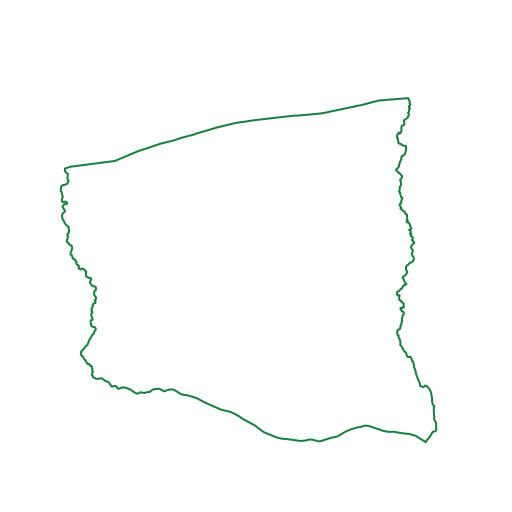 Zumbu, Tete, Mozambique, rotated 8°
{"feature_id": "85939544B34189520387166", "entity_name": "Zumbu", "entity_type": "district", "adm_level": 2, "iso_a3": "MOZ", "parent_name": "Mozambique", "parent_adm1": "Tete", "projection": "robinson", "projection_center": [31.028, -15.185], "detail": "fine", "context": "isolated", "style": "outline", "palette": "green", "viewbox_px": 512, "rotation_deg": 8, "n_neighbors": 0, "source": "geoboundaries", "source_scale": "gbopen_adm2", "svg_char_len": 6052}
<svg xmlns="http://www.w3.org/2000/svg" viewBox="0 0 512 512"><g transform="rotate(8 256 256)"><path d="M449.9,416.7L451.6,413.3L453.8,410.0L454.7,407.2L455.4,405.7L458.2,404.3L458.5,403.5L458.6,402.5L457.5,396.1L455.2,393.0L454.9,392.1L455.0,390.4L454.5,389.3L454.5,388.0L453.7,386.0L453.5,382.9L453.0,381.8L453.4,379.9L451.6,378.3L450.6,375.4L450.1,371.9L449.3,370.4L449.2,369.1L447.9,365.9L445.6,362.8L442.5,360.7L441.5,360.8L440.5,362.2L439.8,362.5L436.9,362.0L435.4,358.3L433.1,354.7L430.9,350.5L429.4,346.1L428.8,345.6L427.7,343.4L427.8,342.4L426.5,339.7L426.3,338.7L425.1,338.1L424.3,335.8L422.9,334.4L422.5,334.3L420.7,334.9L419.5,334.3L417.9,330.7L417.4,330.3L416.3,330.1L413.2,325.8L411.2,323.9L411.2,322.1L410.7,320.2L409.7,318.1L408.8,317.5L408.2,314.8L407.4,314.6L406.3,312.0L406.3,310.9L406.6,309.6L407.2,309.0L408.7,308.3L408.9,307.4L408.8,305.4L409.5,303.1L409.3,301.1L409.8,300.1L409.3,298.5L409.3,295.9L409.7,294.0L410.3,293.4L410.4,291.8L409.9,290.9L408.5,290.6L407.8,289.5L406.8,289.2L406.3,287.6L406.6,287.2L407.9,287.2L408.4,286.3L409.4,286.3L409.4,285.4L408.9,284.0L409.0,282.8L408.5,282.2L406.3,281.2L406.1,280.3L403.9,279.4L403.5,276.6L403.7,275.3L403.2,274.9L401.8,275.3L401.2,274.8L400.9,274.1L400.8,271.9L402.5,270.8L403.9,268.6L404.8,268.1L406.3,264.5L408.7,263.3L408.8,263.0L408.0,262.1L406.8,261.2L405.4,258.5L404.1,256.9L404.8,255.8L406.2,254.8L407.1,253.6L408.1,251.0L407.3,249.6L406.5,248.9L406.1,246.7L406.3,244.9L408.1,243.3L408.4,242.5L409.7,241.1L411.0,240.6L411.8,239.9L412.6,238.2L412.7,236.2L412.2,235.2L411.3,234.6L410.2,232.9L410.0,232.1L410.5,230.7L410.5,228.4L408.8,226.9L408.3,225.4L408.7,224.1L409.6,222.5L410.9,221.2L409.9,219.4L409.0,219.4L408.3,218.4L408.9,217.1L408.8,216.2L407.7,215.3L407.3,214.6L406.7,214.6L406.5,213.6L406.1,213.4L405.6,212.5L406.4,212.1L405.7,211.4L405.8,210.1L404.2,208.9L404.8,208.6L405.3,207.5L405.9,207.4L405.8,206.5L404.3,204.9L403.8,202.9L402.9,202.1L400.6,201.3L401.5,200.1L401.3,199.7L400.2,199.2L400.6,197.4L400.1,196.2L399.8,194.0L398.1,193.5L397.8,192.2L397.3,191.6L396.3,191.4L395.7,190.7L394.8,190.6L393.8,189.6L392.8,189.3L392.6,188.9L393.1,188.5L392.9,187.8L391.2,185.8L391.4,184.1L392.4,183.7L392.2,180.5L392.9,178.8L392.7,178.0L391.6,177.4L391.0,176.3L390.2,174.6L389.9,173.1L389.0,172.7L388.7,171.9L389.1,170.9L388.8,167.7L389.8,164.8L388.9,161.9L388.1,160.8L389.3,158.7L389.8,156.8L387.2,154.4L386.0,154.1L385.7,153.5L383.1,151.8L382.7,151.1L382.7,150.8L383.9,149.5L385.2,147.3L384.9,145.5L385.4,144.5L385.6,142.3L386.5,139.4L386.2,139.0L386.4,137.4L386.7,136.7L387.8,136.4L388.2,135.3L389.2,134.4L389.9,129.6L389.4,128.0L389.4,126.7L389.0,126.1L387.9,126.3L387.1,126.0L384.8,125.9L383.9,124.8L382.7,124.9L381.3,124.2L380.3,120.5L379.8,119.6L379.2,119.4L379.3,118.6L378.9,117.8L379.1,115.8L379.6,115.3L379.8,114.7L380.6,114.8L380.7,114.1L381.1,114.4L382.0,114.2L381.9,113.6L382.7,112.0L382.0,108.3L382.3,107.4L382.2,106.7L383.5,106.2L384.2,105.4L384.7,104.3L383.7,102.3L383.8,101.8L383.7,100.9L384.6,100.3L387.1,97.7L387.3,96.2L387.7,95.7L387.5,94.0L386.7,93.2L387.2,92.6L387.3,89.9L387.9,88.7L387.7,88.2L387.0,87.9L386.7,87.2L386.8,86.1L387.4,85.7L387.7,84.7L386.8,83.6L387.0,82.6L386.6,81.3L385.8,80.5L384.9,78.7L383.8,78.7L355.8,85.0L340.3,91.5L304.4,104.5L299.3,106.1L278.9,110.9L274.2,111.7L236.8,121.4L217.3,127.1L200.1,133.9L179.6,143.2L178.5,144.0L166.9,148.8L161.2,151.5L159.4,152.6L145.8,158.1L124.1,168.9L103.1,181.5L59.9,193.4L54.7,196.0L54.8,198.4L56.0,199.6L58.3,200.8L58.4,205.3L60.0,208.4L58.8,210.8L57.3,211.8L54.7,212.8L53.4,214.1L53.6,218.8L54.6,219.8L56.4,224.3L55.9,227.3L56.3,228.8L57.4,229.6L59.2,228.7L60.8,229.1L61.6,229.7L61.3,230.8L59.4,231.3L58.1,232.6L57.6,233.7L57.7,234.6L60.2,237.3L60.5,238.2L60.5,238.7L59.3,239.9L58.5,241.4L58.3,243.3L59.3,246.3L61.3,248.6L61.8,249.9L63.4,251.4L66.5,253.4L66.5,254.4L67.6,257.8L67.0,258.6L67.2,259.7L66.6,260.2L66.1,261.2L67.1,263.2L66.5,267.8L67.1,268.5L68.4,269.1L69.1,270.2L72.2,271.8L72.8,273.2L72.8,274.7L72.4,277.2L71.9,278.2L72.2,280.4L73.7,281.1L74.7,283.4L75.5,283.9L75.7,284.5L76.7,284.5L77.5,285.1L77.7,285.9L79.1,286.7L79.1,288.5L80.2,289.6L81.5,290.0L82.1,290.8L81.9,292.2L82.2,293.0L84.4,293.7L85.6,292.6L86.6,292.8L87.8,293.3L88.3,294.1L89.8,294.7L90.1,295.4L90.1,298.4L90.8,299.9L93.1,300.8L94.3,300.7L95.0,301.2L95.7,301.1L96.1,302.7L95.2,304.4L95.5,305.9L98.1,308.5L100.9,308.7L101.6,309.2L102.0,309.9L102.1,312.2L100.9,313.2L100.7,314.4L101.4,317.4L103.4,319.5L103.5,321.2L102.5,322.5L102.6,323.0L103.4,323.7L103.5,324.3L103.3,324.8L101.4,326.1L101.2,327.6L101.4,328.3L100.7,330.0L100.8,330.8L100.5,331.4L100.8,333.2L101.0,333.6L101.5,333.6L101.8,334.6L101.0,336.0L100.9,337.0L101.8,339.2L102.7,340.2L102.7,342.1L101.5,342.7L101.3,343.7L102.3,347.7L103.4,348.5L104.8,349.0L106.3,348.9L107.2,349.9L107.6,351.2L106.3,353.5L106.3,355.3L104.5,357.3L104.1,359.4L102.9,361.5L101.5,367.3L100.1,368.8L98.3,372.1L96.9,373.8L96.1,375.2L96.0,376.1L97.0,379.0L98.2,379.4L100.6,382.4L101.6,382.9L103.2,385.4L104.8,386.5L106.1,386.2L106.9,387.7L108.7,388.0L109.0,389.3L109.6,390.2L109.7,392.2L110.7,393.1L109.8,396.5L111.1,397.5L111.3,398.5L114.9,399.9L117.1,399.5L119.7,398.6L120.7,398.7L123.7,400.5L126.8,401.2L128.3,402.1L130.5,404.7L131.6,405.4L134.6,404.3L136.2,404.9L137.4,406.3L138.2,406.7L142.7,404.5L146.8,404.8L147.9,405.3L150.0,405.6L154.0,407.7L156.9,408.8L158.5,408.6L160.5,407.0L164.5,407.2L167.3,405.9L169.7,405.4L172.2,402.7L176.0,401.4L178.2,401.0L179.5,401.2L184.0,402.8L186.3,401.4L189.3,400.2L191.1,399.8L193.5,399.9L200.7,403.2L204.4,403.6L206.7,403.4L213.9,404.4L217.9,405.3L225.7,408.2L243.3,413.1L251.6,413.8L255.9,414.9L261.8,417.2L264.7,418.8L279.5,424.4L280.8,425.4L288.4,429.4L301.7,432.8L306.9,433.3L312.9,433.0L325.5,433.0L330.2,432.0L334.1,430.4L335.4,430.2L337.8,430.1L343.4,430.8L345.2,430.6L356.1,425.4L361.5,423.5L369.4,417.3L374.8,414.1L379.7,411.8L383.5,410.7L386.9,409.1L388.7,408.6L392.2,408.8L406.8,411.5L411.6,411.7L417.5,410.8L425.7,411.2L431.8,410.9L438.3,411.7L440.9,412.6L449.9,416.7Z" fill="none" stroke="#15803d" stroke-width="2"/></g></svg>